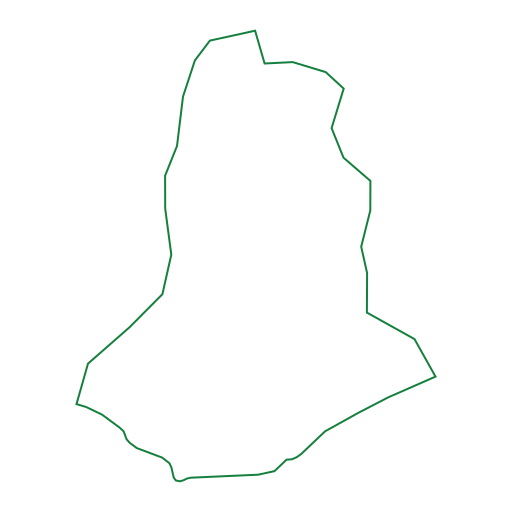 SVG path tracing the border of Androy
{"feature_id": "MDG-5864", "entity_name": "Androy", "entity_type": "Autonomous Province", "adm_level": 1, "iso_a3": "MDG", "parent_name": "Madagascar", "parent_adm1": "", "projection": "orthographic", "projection_center": [45.412, -24.742], "detail": "fine", "context": "isolated", "style": "outline", "palette": "green", "viewbox_px": 512, "rotation_deg": 0, "n_neighbors": 0, "source": "natural_earth", "source_scale": "10m", "svg_char_len": 728}
<svg xmlns="http://www.w3.org/2000/svg" viewBox="0 0 512 512"><path d="M435.5,376.6L388.3,397.3L358.4,412.8L325.1,431.3L301.3,453.9L296.7,457.2L291.8,459.3L286.5,459.7L274.5,471.1L258.1,474.7L190.7,477.7L187.1,478.5L183.6,480.2L180.0,481.3L175.9,480.5L173.7,477.5L171.4,467.4L169.4,463.2L162.2,457.6L136.8,448.1L129.7,442.8L126.6,439.3L123.6,431.3L119.6,427.6L102.0,414.6L85.9,406.9L76.5,404.1L88.0,363.6L129.6,327.2L162.4,294.2L171.3,254.7L165.2,208.6L165.1,175.7L177.0,146.0L183.0,96.6L194.9,60.4L209.9,40.6L255.1,30.7L264.6,63.5L292.7,62.1L325.7,72.1L343.7,88.6L331.6,128.1L343.5,157.7L370.4,180.9L370.3,210.5L361.2,246.7L367.1,273.1L366.9,312.6L414.5,339.1L435.5,376.6Z" fill="none" stroke="#15803d" stroke-width="2"/></svg>